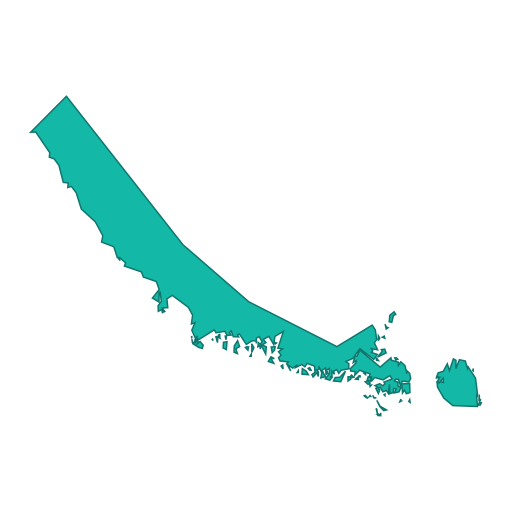 outline of South Choiseul, Choiseul, Solomon Islands
{"feature_id": "97153195B92855886197372", "entity_name": "South Choiseul", "entity_type": "district", "adm_level": 2, "iso_a3": "SLB", "parent_name": "Solomon Islands", "parent_adm1": "Choiseul", "projection": "equal_earth", "projection_center": [157.415, -7.197], "detail": "fine", "context": "isolated", "style": "filled", "palette": "teal", "viewbox_px": 512, "rotation_deg": 0, "n_neighbors": 0, "source": "geoboundaries", "source_scale": "gbopen_adm2", "svg_char_len": 6156}
<svg xmlns="http://www.w3.org/2000/svg" viewBox="0 0 512 512"><path d="M66.4,96.3L30.7,132.2L35.8,132.1L49.8,152.8L49.3,157.2L54.2,158.9L58.9,165.3L63.3,182.4L68.2,182.9L67.8,187.5L71.4,186.4L76.2,192.7L81.3,209.0L95.3,221.8L102.8,235.7L101.6,242.1L113.8,246.7L117.3,257.6L119.6,257.5L125.6,262.9L124.4,266.1L141.4,271.9L143.4,277.1L156.3,281.5L159.2,289.5L152.4,298.1L159.0,302.0L159.1,292.2L160.2,292.2L161.3,301.4L158.1,305.7L158.3,311.3L162.0,309.4L163.7,310.7L161.9,310.2L162.4,312.6L164.8,311.4L162.1,308.0L167.8,307.7L166.9,298.8L172.3,295.4L188.3,307.3L192.6,315.1L191.4,324.0L195.0,322.6L191.8,330.2L195.4,338.4L197.4,335.8L196.0,338.5L199.1,339.4L214.3,329.9L216.0,332.8L224.8,331.3L227.0,335.3L231.0,335.1L229.5,332.4L231.3,330.9L233.3,336.7L238.7,336.9L237.5,334.8L239.4,333.9L246.3,344.4L252.0,340.9L255.9,340.8L256.4,343.4L256.4,338.1L259.0,336.6L262.1,341.7L260.2,344.3L258.3,342.5L257.9,346.8L260.1,345.6L260.2,349.1L261.3,345.4L265.7,354.1L266.3,346.8L262.2,345.0L266.0,342.5L263.2,339.4L268.9,336.4L273.8,344.7L274.9,336.4L283.4,331.4L277.9,348.2L282.5,348.9L278.5,351.7L281.1,355.1L278.5,357.7L280.0,361.0L288.3,361.9L286.7,363.8L290.7,371.0L288.0,365.0L292.7,368.1L297.5,364.8L295.9,367.4L301.8,364.5L304.9,366.8L307.1,363.4L314.5,366.1L315.0,372.3L311.9,374.6L313.1,377.0L317.2,372.5L318.2,376.5L318.5,372.0L316.4,370.0L319.2,369.2L318.7,366.2L321.8,372.8L320.8,377.9L325.3,376.7L322.1,370.2L325.5,368.1L326.1,374.4L327.8,373.3L326.5,370.1L329.3,368.5L329.4,373.7L325.3,378.8L329.8,380.2L331.5,378.0L330.2,376.4L332.1,377.2L331.8,371.1L334.4,374.3L333.7,371.2L336.7,369.6L338.8,373.4L341.3,370.2L348.8,368.8L348.8,363.7L345.9,361.5L352.9,358.4L359.9,348.6L373.8,359.4L377.3,354.4L371.5,352.5L372.8,350.8L371.3,348.6L377.6,349.8L374.4,342.8L376.7,339.5L375.3,329.9L372.2,325.1L336.9,346.6L248.8,301.8L182.9,244.7L66.4,96.3ZM477.5,394.3L475.5,378.1L468.1,366.8L467.5,368.7L465.3,361.0L459.4,359.7L455.8,368.7L456.0,360.3L453.4,358.9L449.4,370.6L447.3,363.8L443.3,371.3L438.2,372.8L436.7,376.6L438.8,376.6L436.5,377.4L436.4,378.0L439.8,377.3L437.1,381.8L438.2,381.8L439.5,382.4L443.2,378.1L443.4,382.6L441.0,381.6L438.9,383.0L437.0,382.2L437.5,387.2L443.8,398.1L452.8,405.6L477.5,406.5L476.6,395.9L476.6,395.5L477.5,394.3ZM410.7,378.5L409.6,373.2L406.9,370.8L406.9,373.6L405.0,365.6L400.8,361.8L398.4,365.3L398.4,362.2L391.4,360.2L390.9,357.8L380.2,367.1L359.7,350.1L357.2,356.0L354.8,356.4L353.2,362.6L356.3,360.6L356.0,362.9L350.3,368.7L350.8,371.1L355.1,371.6L354.8,375.2L359.6,370.3L370.1,373.9L369.4,376.2L371.7,377.1L371.1,379.6L371.8,380.9L374.7,377.5L383.1,379.9L390.0,375.6L392.0,379.0L383.9,382.1L385.0,383.9L382.6,385.8L379.8,383.7L375.0,385.6L377.8,387.1L375.8,388.3L378.4,393.5L379.7,390.0L378.1,388.1L380.4,387.4L382.8,391.8L386.3,390.5L388.4,393.5L389.5,384.3L389.8,393.7L393.2,392.6L393.7,388.5L396.1,388.8L394.5,392.9L399.1,391.8L401.0,387.2L398.0,386.2L398.0,382.2L394.5,381.0L395.5,379.4L398.5,379.3L400.4,385.6L402.5,381.1L408.9,381.9L410.7,378.5ZM409.9,392.6L409.7,383.5L401.9,383.9L402.5,393.0L404.5,390.1L406.3,393.7L409.9,392.6ZM345.5,371.2L339.8,377.3L335.2,377.5L333.5,381.0L340.8,381.7L345.5,371.2ZM203.2,345.2L200.1,341.5L197.3,343.6L198.0,341.2L197.6,339.4L195.1,342.9L192.5,342.1L191.8,339.1L192.7,343.6L198.9,347.5L202.3,348.4L203.2,345.2ZM386.1,352.9L384.7,349.1L381.3,349.6L382.3,351.2L377.6,357.1L386.1,352.9ZM395.7,314.4L394.1,311.8L389.8,315.3L389.2,321.8L391.8,322.3L393.4,315.6L395.7,314.4ZM239.6,346.6L237.6,340.7L234.3,345.9L234.0,352.2L237.4,353.6L235.9,348.8L239.6,346.6ZM227.0,341.7L223.5,342.3L223.1,347.9L226.3,349.6L227.0,341.7ZM308.4,374.7L306.1,371.0L302.3,368.6L302.0,374.2L308.4,374.7ZM274.3,358.6L270.9,356.8L268.3,361.5L273.8,363.3L271.0,358.6L274.3,358.6ZM275.1,346.7L271.2,347.0L272.2,352.7L274.6,350.1L275.1,346.7ZM386.5,409.9L380.0,406.2L376.8,400.3L379.7,406.4L383.7,410.6L386.5,409.9ZM348.0,381.0L350.8,379.1L350.6,376.7L348.0,376.8L348.0,381.0ZM251.8,352.3L253.9,347.7L251.8,343.8L251.8,352.3ZM370.1,383.1L368.4,380.7L365.2,381.8L368.0,384.3L370.1,383.1ZM380.7,415.7L380.8,412.8L380.7,414.6L377.7,414.3L378.3,414.0L377.2,412.8L376.9,409.4L376.1,408.4L377.8,415.5L380.7,415.7ZM218.6,336.1L215.9,336.8L217.5,342.6L217.7,338.0L218.6,336.1ZM371.3,378.3L368.2,376.8L367.2,379.9L370.3,381.1L371.3,378.3ZM248.6,346.9L246.5,346.8L245.4,347.5L247.9,350.2L248.6,346.9ZM388.1,327.7L386.1,326.8L385.1,324.1L386.2,329.0L388.1,327.7ZM358.4,379.5L358.1,376.9L355.6,379.1L358.4,379.5ZM384.8,338.2L384.2,336.1L382.3,337.2L384.8,338.2ZM225.9,339.7L226.6,336.1L225.2,336.1L225.9,339.7ZM283.1,369.0L282.7,365.0L281.1,366.1L283.1,369.0ZM353.9,377.2L351.5,375.1L350.7,376.0L350.8,377.9L353.9,377.2ZM479.0,399.4L479.5,399.0L479.2,394.6L479.0,399.4ZM379.7,338.1L378.4,335.8L378.3,340.7L379.7,338.1ZM397.8,359.3L396.4,357.8L394.8,357.9L395.8,360.0L397.8,359.3ZM481.3,402.7L479.4,402.4L478.2,405.2L480.3,405.0L481.3,402.7ZM378.5,360.6L376.7,358.2L376.3,358.7L376.6,360.4L378.5,360.6ZM311.1,370.2L309.7,367.6L308.1,368.4L309.6,370.1L311.1,370.2ZM298.4,372.5L298.3,370.7L297.1,372.6L298.4,372.5ZM251.3,356.2L251.3,354.1L250.0,356.3L251.3,356.2ZM120.2,260.6L118.9,258.4L118.6,258.7L120.2,260.6ZM368.1,398.4L365.2,395.4L364.2,395.8L365.4,397.0L368.1,398.4ZM479.4,401.8L480.9,399.4L479.4,400.4L479.4,401.8ZM365.6,374.6L365.6,372.9L363.9,373.2L365.6,374.6ZM376.3,397.9L374.0,397.6L372.6,395.3L374.0,398.0L376.3,397.9ZM371.4,385.0L369.7,385.0L370.1,386.5L371.4,385.0ZM196.4,339.0L195.0,339.7L194.5,342.6L195.2,340.7L196.4,339.0ZM473.2,370.9L473.2,368.5L472.8,370.6L473.2,370.9ZM410.1,402.4L409.7,399.7L408.8,401.5L410.1,402.4ZM385.0,395.7L385.0,394.1L384.0,394.8L385.0,395.7ZM370.7,396.3L370.0,395.5L369.1,396.8L370.7,396.3ZM213.2,340.6L212.6,339.1L212.2,339.4L213.2,340.6ZM399.8,401.8L401.0,401.2L400.1,401.1L401.0,401.0L400.9,399.1L399.8,401.8ZM275.6,343.8L276.5,343.0L274.9,342.6L275.6,343.8ZM360.2,377.5L360.0,375.7L359.1,375.9L360.2,377.5ZM477.1,397.4L477.3,395.4L477.1,395.1L477.1,397.4ZM219.8,336.7L219.8,334.5L219.3,334.4L218.6,335.1L219.8,336.7ZM191.7,338.5L191.9,337.1L191.6,336.0L191.7,338.5ZM219.3,337.8L220.0,338.2L219.5,337.0L219.3,337.8Z" fill="#14b8a6" stroke="#0f766e" stroke-width="1.5"/></svg>